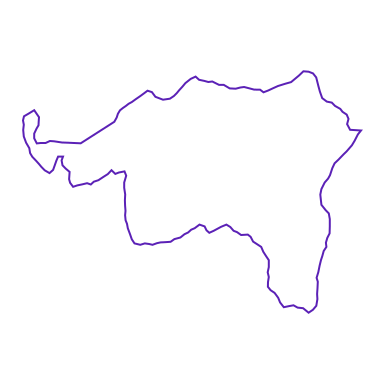 the district of Cariacica, Espírito Santo, Brazil
{"feature_id": "56859067B75199105050238", "entity_name": "Cariacica", "entity_type": "district", "adm_level": 2, "iso_a3": "BRA", "parent_name": "Brazil", "parent_adm1": "Espírito Santo", "projection": "orthographic", "projection_center": [-40.463, -20.308], "detail": "fine", "context": "isolated", "style": "outline", "palette": "violet", "viewbox_px": 384, "rotation_deg": 0, "n_neighbors": 0, "source": "geoboundaries", "source_scale": "gbopen_adm2", "svg_char_len": 2580}
<svg xmlns="http://www.w3.org/2000/svg" viewBox="0 0 384 384"><path d="M361.0,130.5L350.1,129.8L347.1,124.1L348.5,118.9L346.7,114.6L342.5,111.8L340.3,108.9L335.0,105.9L331.8,102.6L326.8,101.6L322.2,98.1L319.9,91.6L318.4,86.1L316.2,77.4L313.0,73.4L308.6,71.7L303.4,71.3L299.0,75.5L291.1,82.1L285.4,83.7L278.0,86.0L272.7,88.4L268.2,90.5L263.5,92.3L260.1,89.7L254.1,89.6L249.2,88.3L244.1,87.0L240.4,87.5L235.7,88.7L229.7,88.4L223.8,84.9L219.1,84.9L215.5,83.1L212.3,81.5L208.3,82.0L204.3,80.9L199.1,79.8L195.6,76.6L190.7,78.9L185.4,83.1L182.4,86.7L179.1,90.3L176.8,93.1L173.9,96.0L169.9,98.7L163.0,99.7L155.4,96.8L151.9,92.1L147.5,90.7L144.6,92.9L140.1,96.2L135.6,99.3L131.9,102.0L128.6,103.8L125.8,106.0L122.9,108.0L120.0,110.3L117.9,113.8L116.7,117.5L114.3,121.8L80.7,143.3L67.5,142.7L62.0,142.5L54.1,141.3L49.9,141.0L45.6,143.0L40.7,143.0L36.8,143.4L34.2,138.3L34.2,133.6L36.6,128.5L38.5,125.3L38.7,121.5L39.0,117.2L34.2,110.2L28.8,113.5L24.0,116.3L23.0,120.4L23.8,124.7L23.2,130.0L23.8,136.5L26.1,142.7L29.3,148.2L30.1,153.1L32.3,156.8L36.2,160.9L38.9,163.9L41.3,166.8L44.7,170.3L49.5,173.1L53.1,169.9L54.5,166.0L56.4,160.6L58.1,156.6L63.0,156.6L61.6,160.4L62.5,165.3L65.7,168.6L69.6,171.9L69.1,179.2L70.1,182.8L73.1,186.8L77.3,185.4L82.1,184.4L87.1,183.2L90.8,184.5L93.8,181.7L98.4,180.2L103.4,176.9L107.8,174.1L111.5,170.2L115.3,173.9L118.9,172.5L124.5,171.4L126.2,175.7L124.2,182.5L124.2,187.8L125.2,194.5L124.9,200.4L125.1,205.8L125.5,210.9L125.1,215.2L125.6,220.3L127.0,223.8L127.8,228.2L130.1,234.4L131.8,239.3L134.5,243.4L140.3,244.8L144.8,243.4L149.1,244.0L152.5,244.8L156.9,243.2L160.5,242.4L164.7,242.2L170.6,241.8L174.4,239.1L180.4,237.5L184.5,234.2L188.1,232.5L191.2,229.7L194.7,228.2L199.5,224.6L204.6,226.4L206.5,230.3L209.3,232.8L213.7,230.8L221.1,226.8L226.4,224.6L230.3,227.0L233.6,230.8L237.0,232.1L241.1,235.0L247.8,234.6L250.6,236.8L253.1,241.6L257.7,244.6L261.2,246.9L263.3,251.8L266.2,256.3L268.8,260.2L268.8,267.1L267.7,272.3L268.8,277.0L268.0,282.0L267.9,286.8L270.6,290.2L274.6,292.9L278.2,297.8L280.1,302.5L283.8,307.2L289.1,306.1L293.5,305.3L297.6,307.6L303.1,308.2L308.6,312.7L312.9,309.8L316.3,305.8L317.4,299.1L317.1,294.0L317.5,288.0L317.8,281.7L316.6,277.8L318.3,272.2L319.6,265.7L321.0,260.0L322.3,256.1L323.7,251.0L326.4,246.9L325.9,242.7L327.3,237.9L329.6,233.4L329.8,226.3L329.8,219.1L328.8,213.4L325.6,210.1L321.4,204.8L320.3,194.6L321.4,189.1L324.7,182.5L328.1,178.6L330.0,175.2L332.3,168.2L334.6,163.3L338.3,159.8L343.8,154.1L346.5,151.5L351.9,145.3L354.6,140.8L357.9,134.4L361.0,130.5Z" fill="none" stroke="#5b21b6" stroke-width="2"/></svg>